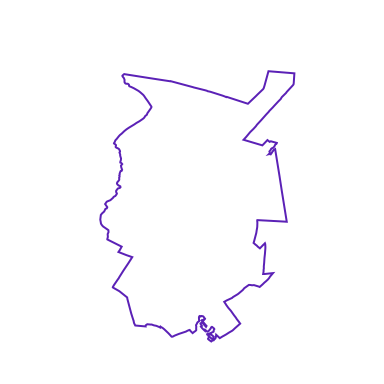 outline of Oporelu, Olt, Romania, rotated 198°
{"feature_id": "2599482B23576568126019", "entity_name": "Oporelu", "entity_type": "district", "adm_level": 2, "iso_a3": "ROU", "parent_name": "Romania", "parent_adm1": "Olt", "projection": "equal_earth", "projection_center": [24.426, 44.579], "detail": "fine", "context": "isolated", "style": "outline", "palette": "violet", "viewbox_px": 384, "rotation_deg": 198, "n_neighbors": 0, "source": "geoboundaries", "source_scale": "gbopen_adm2", "svg_char_len": 5789}
<svg xmlns="http://www.w3.org/2000/svg" viewBox="0 0 384 384"><g transform="rotate(198 192 192)"><path d="M131.3,336.5L156.6,330.5L155.9,315.6L155.9,312.7L156.1,311.9L159.9,304.8L160.8,303.0L166.1,293.2L188.4,293.2L188.7,292.8L190.4,293.0L192.7,293.1L205.6,293.0L208.4,292.7L209.1,292.9L211.2,292.8L219.8,292.2L222.5,292.0L223.6,292.0L246.7,290.8L246.8,290.6L254.7,289.3L268.2,287.1L292.0,283.3L292.9,283.2L293.5,282.3L294.1,281.2L294.1,280.9L293.5,280.3L291.9,279.2L290.8,277.8L290.6,277.0L290.1,275.6L289.5,275.0L288.7,274.6L287.3,274.8L286.6,275.1L285.7,274.9L285.1,274.5L284.7,273.6L284.2,273.2L282.3,273.1L279.3,272.7L274.1,271.6L271.9,270.8L268.4,269.3L267.3,268.6L265.0,266.8L262.2,264.8L257.4,261.0L256.9,260.5L256.9,260.4L256.8,260.1L256.8,259.8L257.2,258.2L258.8,253.0L258.8,251.6L259.0,251.2L259.6,250.4L260.0,249.7L260.3,248.3L260.7,247.3L261.6,246.0L263.9,243.0L266.1,240.6L267.7,238.5L272.0,233.5L273.7,231.3L275.2,229.0L276.9,225.8L278.1,224.0L278.8,222.5L280.2,218.7L280.5,218.3L280.8,217.5L280.9,216.7L281.0,215.2L281.3,214.3L281.3,214.2L281.1,214.0L279.9,213.7L278.9,213.2L278.7,212.8L278.6,211.5L278.5,211.2L278.2,211.0L277.6,210.8L276.8,210.7L275.9,210.6L275.0,210.4L274.4,210.0L273.2,208.8L273.0,208.4L272.9,208.1L272.9,207.9L273.2,207.4L273.2,207.2L271.9,205.5L271.7,205.0L271.6,204.5L270.4,202.7L269.9,202.1L269.7,201.3L269.5,200.3L269.5,199.5L269.5,198.6L269.3,197.9L269.0,197.9L267.9,197.6L267.0,197.0L267.7,195.1L266.9,193.6L265.3,191.5L265.5,190.3L265.9,190.2L266.2,190.1L266.4,189.7L266.5,187.6L266.5,187.1L266.1,186.0L266.1,185.6L266.3,185.3L266.2,185.0L265.7,184.5L265.6,184.0L265.7,183.4L265.7,182.9L265.5,182.5L265.2,182.0L265.0,181.1L265.2,180.2L265.5,179.5L266.1,178.0L266.0,176.9L265.8,176.7L265.4,176.2L264.5,175.8L263.6,175.4L263.0,175.5L261.9,175.2L261.5,174.4L261.9,173.6L263.6,172.4L264.3,170.5L264.5,169.5L264.1,168.5L263.0,167.4L263.1,166.9L263.0,166.5L263.7,164.5L265.0,163.2L265.3,162.1L265.7,161.4L267.1,159.0L269.4,157.1L270.1,156.4L270.9,153.7L267.9,151.4L268.0,150.1L269.1,149.2L269.5,146.3L270.9,143.9L271.3,142.9L271.6,142.0L270.7,137.4L269.5,135.2L268.8,133.8L267.9,133.0L266.9,132.3L265.8,131.7L259.8,129.9L259.4,129.1L259.0,128.0L259.2,125.9L258.1,123.2L258.0,120.9L257.8,120.7L242.0,118.3L242.7,114.6L243.4,112.2L234.8,111.7L228.7,111.6L230.6,104.3L232.9,96.2L234.8,88.7L235.2,86.7L235.4,86.4L237.5,79.2L237.9,77.2L237.9,76.9L237.6,76.7L230.4,75.2L221.1,71.7L220.4,70.3L212.2,57.6L210.2,54.8L207.8,51.5L207.5,51.2L207.4,50.7L207.2,50.4L206.5,49.3L204.7,47.5L194.6,49.8L194.8,50.2L194.8,50.9L194.2,51.7L193.9,52.0L193.7,52.4L190.2,53.2L189.3,53.5L187.1,53.4L184.6,53.7L180.8,53.4L179.4,52.9L180.3,53.6L180.6,54.0L180.5,54.3L179.4,53.9L178.1,53.7L175.8,52.8L170.8,50.4L168.6,49.2L166.9,48.2L166.5,48.1L166.2,48.2L165.2,48.9L164.5,49.7L163.6,50.5L160.6,53.0L154.6,57.4L154.2,57.9L152.5,59.5L151.6,60.1L150.6,59.4L147.8,58.0L146.7,59.7L145.9,60.7L145.4,61.6L145.3,62.0L145.8,63.3L146.1,64.3L146.2,65.0L146.9,66.3L147.0,66.8L146.8,67.6L146.6,68.7L146.6,69.5L146.0,70.5L145.3,71.4L146.5,74.4L146.7,75.3L146.7,75.6L146.3,77.1L146.2,76.3L146.0,76.0L145.8,76.0L145.5,76.1L145.6,76.5L145.3,76.8L144.2,77.1L143.7,77.1L143.1,77.2L142.5,77.0L142.1,76.7L141.6,76.0L141.2,76.0L140.4,75.5L140.4,75.4L141.0,74.5L140.9,74.4L141.2,73.7L141.4,73.5L141.9,73.6L142.4,73.4L142.8,73.4L143.2,72.8L141.9,72.2L139.8,70.9L140.0,70.9L136.8,69.1L137.0,68.1L141.7,70.9L142.3,70.6L143.0,70.1L143.3,69.6L143.0,69.2L142.7,68.8L141.2,67.7L141.9,66.7L139.9,65.4L137.6,64.3L136.7,63.9L136.8,64.9L134.3,63.9L133.9,64.2L133.2,65.0L132.2,67.6L132.0,68.3L132.0,68.8L131.9,69.3L131.4,69.9L131.2,69.9L130.1,69.5L129.7,69.3L129.3,69.2L128.6,68.8L128.4,68.5L128.6,68.0L128.6,67.8L128.6,66.9L128.3,66.0L128.4,65.7L131.0,63.3L133.5,61.6L133.7,61.4L133.4,61.1L132.6,61.3L129.6,62.3L126.7,61.1L126.7,59.9L126.6,58.7L126.6,58.3L126.8,58.1L130.1,59.5L131.4,59.9L131.6,59.9L131.2,59.5L131.0,59.4L131.1,58.7L131.4,57.6L131.4,57.3L131.2,57.1L130.0,56.6L128.5,56.1L127.5,55.8L126.7,57.0L126.1,57.4L125.6,57.6L125.2,58.8L124.6,59.7L124.5,59.9L124.5,61.8L124.9,63.7L120.4,61.6L118.3,64.1L117.7,64.7L115.5,67.1L113.4,69.7L110.8,72.6L110.3,73.4L109.8,74.3L109.1,75.6L106.1,80.7L105.5,81.7L107.1,82.9L110.2,85.0L111.5,86.1L114.0,87.8L118.4,91.1L121.6,93.0L124.6,95.2L125.0,95.6L127.4,97.5L125.5,99.6L121.2,103.6L120.5,104.8L117.2,108.6L116.5,109.5L113.4,114.5L113.0,115.5L112.6,116.6L109.2,121.2L108.2,121.5L107.2,121.7L106.3,121.8L105.9,121.9L104.8,122.4L104.1,122.6L99.3,122.7L98.3,122.6L96.3,126.0L95.1,128.3L94.2,129.7L92.8,132.2L92.1,133.9L91.6,135.8L90.1,139.4L89.9,139.9L97.7,136.4L99.0,136.0L99.3,138.2L99.9,140.3L100.0,141.3L100.7,143.4L101.5,147.0L102.7,151.7L103.5,155.6L104.9,161.4L105.6,163.5L105.9,164.0L106.2,165.0L106.8,165.8L107.0,165.4L107.3,164.7L107.8,163.9L110.0,159.4L112.7,160.4L113.9,161.1L115.2,161.5L117.7,162.6L117.7,164.0L118.2,172.9L118.7,175.9L119.0,178.1L119.2,179.1L120.3,182.9L121.1,184.8L121.2,185.4L120.7,185.6L119.5,185.9L99.6,191.2L92.7,193.0L106.9,220.7L113.6,234.0L126.2,258.5L127.2,257.4L127.5,256.9L127.6,256.0L128.0,255.2L128.1,254.3L128.8,252.1L130.3,252.0L130.6,251.8L130.5,252.0L130.0,252.3L129.7,252.6L130.2,253.5L130.7,254.1L130.9,254.5L130.5,255.5L130.2,256.3L130.1,257.4L129.6,258.2L128.8,258.9L128.3,259.5L128.1,260.0L127.9,260.3L127.7,261.0L127.6,262.1L127.4,262.8L127.1,263.3L126.8,263.6L126.5,264.3L126.5,264.9L132.7,264.6L133.0,264.2L133.4,264.1L133.7,263.7L136.3,264.7L138.6,259.9L139.5,258.1L159.1,257.6L157.5,261.1L155.6,265.9L155.1,267.1L153.0,271.1L151.6,274.2L151.0,276.1L148.4,281.7L145.4,288.6L143.8,292.0L143.5,293.0L141.3,297.4L140.6,299.0L137.9,304.8L136.3,308.0L136.1,309.3L135.8,310.2L133.2,315.2L132.8,316.5L129.3,324.1L128.8,325.3L128.7,325.8L128.9,327.0L131.3,336.5Z" fill="none" stroke="#5b21b6" stroke-width="2"/></g></svg>